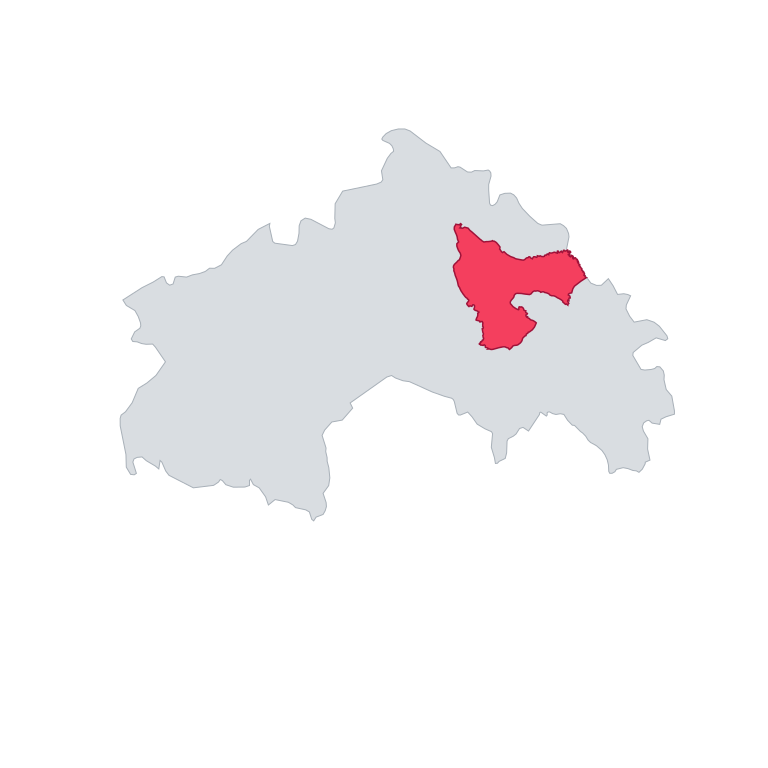 Kankan, Kankan, Guinea shown in context, rotated 325°
{"feature_id": "49546643B29721322070698", "entity_name": "Kankan", "entity_type": "district", "adm_level": 2, "iso_a3": "GIN", "parent_name": "Guinea", "parent_adm1": "Kankan", "projection": "robinson", "projection_center": [-9.056, 10.226], "detail": "fine", "context": "in_parent", "style": "filled", "palette": "rose", "viewbox_px": 768, "rotation_deg": 325, "n_neighbors": 0, "source": "geoboundaries", "source_scale": "gbopen_adm2", "svg_char_len": 9785}
<svg xmlns="http://www.w3.org/2000/svg" viewBox="0 0 768 768"><g transform="rotate(325 384 384)"><path d="M460.0,500.9L454.5,500.1L452.1,501.3L444.9,510.8L440.6,514.5L433.9,513.4L431.5,514.0L429.7,513.0L432.2,507.7L435.6,497.4L444.5,486.9L444.7,484.7L441.0,478.6L437.3,470.3L437.3,461.4L436.5,455.0L428.7,453.2L427.3,452.1L427.1,449.9L431.5,438.8L431.9,436.5L431.3,434.5L426.5,428.8L419.0,418.3L406.2,396.7L401.4,392.2L396.8,385.6L395.1,381.4L390.3,379.9L345.4,380.1L344.5,385.8L329.1,389.6L319.5,385.2L309.0,387.7L303.8,390.6L299.8,403.2L297.5,405.9L295.2,411.6L293.1,414.7L290.8,420.9L285.8,429.8L280.4,435.5L271.4,438.6L268.6,447.9L266.5,451.4L263.1,454.1L259.3,455.9L252.0,454.1L247.9,455.8L247.2,453.4L249.5,446.0L247.7,442.2L240.6,434.5L240.0,430.8L237.8,426.0L228.5,416.2L219.9,416.8L222.3,408.5L222.2,397.5L219.3,391.5L220.1,385.4L218.5,385.8L215.6,390.0L210.9,388.6L201.4,382.1L196.7,375.8L196.2,370.4L195.1,368.3L192.2,369.4L186.3,369.3L168.3,359.7L155.5,335.5L155.3,330.1L157.2,320.7L156.7,318.2L150.8,324.4L149.7,320.2L145.3,310.5L144.0,305.0L139.7,302.5L136.2,302.0L133.5,303.9L129.9,315.2L127.3,315.1L124.6,312.7L125.2,304.3L132.2,293.7L143.9,267.0L148.1,260.9L150.8,258.7L156.3,258.5L167.0,254.9L180.2,246.6L190.3,247.2L202.1,246.2L217.7,240.5L217.9,222.6L217.4,218.6L211.9,215.0L208.7,211.9L206.0,207.9L202.6,205.1L202.8,202.1L209.7,198.3L216.0,198.3L218.1,196.9L219.6,194.3L221.4,187.8L222.1,181.0L218.0,171.9L218.3,165.4L241.0,166.3L253.4,168.1L263.6,168.6L265.3,170.1L263.8,176.4L265.1,180.1L268.6,181.1L274.3,176.7L277.3,177.7L283.6,183.2L289.6,184.7L296.0,187.6L302.1,189.3L307.5,189.1L311.6,192.1L319.2,193.1L329.0,189.2L336.7,187.5L347.5,187.1L353.1,188.3L369.6,185.2L382.6,187.0L380.5,189.1L374.6,203.4L375.3,206.0L388.4,218.1L391.5,219.0L395.1,217.4L400.8,211.8L405.3,205.7L409.6,202.7L414.6,202.9L418.6,207.2L427.9,225.2L430.3,227.5L432.5,227.4L436.6,224.1L438.7,220.1L447.4,208.3L460.8,202.3L492.7,216.0L497.4,217.0L500.2,216.0L504.2,207.9L516.2,201.0L522.0,199.1L525.3,198.9L526.5,196.7L527.1,193.4L526.5,190.0L522.8,183.9L522.7,182.1L524.8,181.0L529.4,180.1L535.3,180.7L542.0,183.3L547.4,187.1L550.5,191.7L556.5,210.7L563.2,225.6L562.9,245.5L565.9,247.5L569.2,248.4L570.7,250.0L574.0,258.2L577.1,260.6L580.8,261.2L587.7,266.5L592.1,268.5L592.7,270.1L592.6,272.3L590.9,275.1L584.2,280.6L580.9,285.3L574.1,296.6L573.9,298.7L575.3,300.2L578.1,300.5L581.2,299.7L587.4,295.6L592.3,297.1L597.1,300.2L598.8,303.5L599.3,307.8L598.2,313.3L598.0,319.5L599.6,330.1L602.1,340.7L604.5,344.5L620.3,353.8L621.9,357.3L622.7,361.2L621.5,366.6L619.9,369.6L611.3,377.8L610.0,381.7L610.6,389.1L611.3,420.0L614.7,425.2L618.7,427.8L628.2,426.4L628.0,435.0L626.7,444.6L632.2,447.6L635.0,450.5L636.6,453.2L627.8,458.3L625.3,461.3L624.1,469.4L624.4,476.8L636.2,482.1L640.7,488.3L642.7,494.7L643.4,506.9L642.4,509.7L639.4,509.8L633.4,502.3L624.3,501.5L617.5,500.1L606.2,501.1L604.2,503.3L602.9,519.5L605.7,522.2L611.1,525.3L614.6,526.6L617.5,526.2L619.8,528.2L620.3,533.5L618.7,537.4L615.8,541.1L612.0,550.4L612.8,559.0L606.5,572.6L604.6,575.3L596.2,572.6L590.7,571.7L586.7,575.2L581.2,569.8L580.2,565.7L578.1,564.8L574.4,564.8L571.0,567.1L569.5,571.4L568.8,580.2L562.6,588.5L558.2,598.9L553.2,597.9L552.1,599.2L546.8,601.9L542.2,602.6L540.9,599.9L538.3,597.6L535.3,593.2L531.9,589.7L525.4,587.2L522.8,588.3L519.7,588.0L517.7,586.6L518.0,584.5L521.4,579.1L523.4,574.1L524.4,568.7L524.4,563.5L522.6,556.3L519.7,550.5L519.0,547.1L519.3,542.4L518.6,538.0L517.7,535.6L516.3,527.2L514.6,525.7L513.6,519.0L513.9,512.1L511.4,509.5L507.4,507.6L505.1,504.9L503.7,501.9L502.2,501.0L501.0,501.2L499.9,503.0L498.6,503.4L496.3,497.0L495.3,496.7L493.7,498.2L475.4,505.4L473.0,499.3L469.5,498.2L463.5,500.7L460.0,500.9Z" fill="#d9dde1" stroke="#a8b0b8" stroke-width="1"/><path d="M610.5,412.9L610.1,412.5L610.5,411.0L610.8,410.6L610.7,410.4L610.2,409.8L610.2,409.6L610.6,409.6L610.9,409.1L611.5,408.7L611.5,407.9L611.9,407.2L611.9,406.9L611.7,406.5L611.3,406.3L611.4,406.1L611.7,406.1L611.8,405.9L611.5,405.2L611.5,404.7L611.3,404.4L611.6,403.5L612.1,403.4L612.2,402.9L611.9,401.3L612.1,400.8L611.8,400.3L612.2,399.4L611.8,399.0L611.9,398.7L612.8,398.6L612.9,398.4L612.4,397.3L612.4,396.3L613.2,396.0L613.2,395.8L612.6,395.3L612.5,395.1L612.7,394.7L613.4,395.0L613.5,394.5L613.5,393.8L613.7,393.0L613.4,393.0L613.0,392.7L612.9,392.5L613.2,392.0L613.2,391.7L613.3,391.1L613.2,390.5L612.9,390.2L612.6,390.1L612.2,390.1L611.7,390.4L611.2,390.3L610.8,390.0L610.7,389.7L611.0,388.8L611.1,388.6L611.4,389.0L611.7,389.1L611.8,389.0L612.1,387.8L612.1,387.5L611.9,387.1L611.4,386.8L611.6,386.5L611.5,386.2L610.9,386.2L610.1,386.9L609.9,386.9L609.6,386.6L609.2,385.5L609.4,385.1L609.9,384.8L610.2,384.6L609.2,384.0L609.1,383.8L609.3,383.5L610.4,383.7L611.7,383.1L612.2,383.3L612.4,383.2L612.6,383.0L612.6,381.9L612.3,381.5L611.9,381.5L611.1,382.1L610.8,382.0L610.3,381.6L610.2,381.2L610.3,380.9L610.5,380.7L611.2,380.2L611.3,379.6L610.0,379.3L609.0,379.3L608.2,378.5L608.2,377.6L607.6,377.5L605.6,378.7L605.2,377.6L605.4,376.9L604.8,376.8L603.3,377.1L602.6,376.6L602.9,375.0L602.3,374.6L601.8,375.0L601.0,376.2L600.3,375.4L599.5,374.0L598.6,373.5L597.2,373.2L595.9,372.6L594.8,371.4L593.8,371.7L593.1,372.5L592.3,371.1L591.9,371.3L590.6,371.5L590.0,370.8L589.3,370.8L588.6,371.4L587.5,371.0L586.2,369.9L585.4,368.5L584.5,368.5L583.2,366.9L582.5,367.7L581.6,367.7L580.6,366.3L579.5,365.6L577.4,366.4L577.4,366.1L576.9,365.8L576.3,364.6L576.4,363.5L575.7,362.9L574.4,363.1L573.5,362.6L572.2,362.5L570.7,362.8L569.2,362.5L568.0,361.4L564.1,357.4L563.4,356.4L562.8,355.0L560.9,352.4L559.0,348.3L558.7,346.8L558.2,344.5L557.6,344.4L557.1,344.4L556.5,344.3L556.5,344.1L556.3,343.9L556.3,343.4L556.2,343.0L556.2,342.7L556.1,342.4L556.2,340.9L556.2,340.1L556.1,339.8L557.1,338.9L557.6,338.3L557.5,335.6L557.2,332.6L556.7,331.3L556.2,330.2L555.2,329.5L555.1,328.8L553.8,328.6L551.0,327.1L549.6,326.1L547.3,325.0L546.4,323.0L546.2,321.9L545.7,320.5L543.6,311.5L543.1,309.4L542.5,307.6L542.3,304.6L540.0,301.8L537.7,301.5L535.8,299.7L536.9,299.5L537.3,298.3L539.0,297.9L538.8,296.6L537.0,296.7L534.7,294.7L534.6,294.4L533.1,295.1L532.0,295.5L531.1,296.4L530.2,297.7L529.4,301.0L529.1,302.8L528.4,305.3L527.2,307.7L526.6,310.4L524.1,310.9L522.8,312.8L522.1,315.1L521.6,317.5L521.5,320.8L521.1,321.6L521.0,322.1L520.8,322.7L519.0,324.2L518.3,324.6L517.8,325.0L517.0,325.5L515.6,325.4L513.6,325.9L510.2,326.4L508.6,327.2L507.7,328.3L507.3,329.8L506.1,331.4L505.8,332.9L505.4,334.0L504.6,336.1L504.3,337.5L503.8,339.5L503.2,341.5L502.4,343.5L501.6,345.3L501.2,346.5L501.2,348.5L500.9,349.5L500.8,350.3L500.5,352.0L500.5,353.1L500.5,353.6L500.4,355.8L500.5,356.6L500.5,358.1L500.6,359.3L500.7,360.1L501.1,361.0L501.3,361.7L501.1,362.3L501.4,362.8L501.6,363.4L501.3,364.2L501.0,364.5L498.5,365.3L497.9,365.6L497.7,366.2L497.6,366.8L497.7,367.1L497.8,368.7L498.0,369.3L498.4,369.2L498.8,369.2L499.5,369.5L500.0,370.3L500.3,370.6L500.5,370.8L501.0,370.6L501.5,370.3L502.1,370.1L502.5,370.3L502.8,370.5L503.1,371.3L503.1,371.7L502.3,372.9L501.7,373.5L501.0,373.9L500.6,374.2L500.7,374.6L500.6,374.9L501.0,376.0L501.5,376.7L501.8,376.9L502.4,378.0L502.6,378.8L502.8,379.3L502.7,379.5L502.8,379.6L501.9,379.9L501.3,379.8L501.0,380.5L499.9,381.8L499.0,382.5L497.7,383.1L496.9,383.7L496.1,384.3L496.2,384.6L496.6,385.2L497.2,385.8L498.1,386.8L498.2,387.2L498.2,387.5L498.1,388.2L498.4,388.4L499.3,388.3L499.9,389.0L500.3,389.2L500.2,389.7L500.0,390.1L500.1,390.6L500.0,390.8L499.1,391.6L498.9,392.0L498.7,392.4L497.9,393.3L498.0,393.6L498.0,394.4L497.8,394.7L497.6,394.9L497.4,394.9L496.9,395.4L496.7,395.3L496.4,395.0L496.2,395.0L495.5,396.4L494.6,398.4L494.4,399.5L494.2,400.0L493.7,400.5L493.3,400.8L492.9,400.8L492.3,402.0L492.0,402.6L492.0,403.3L491.6,403.8L491.6,404.0L491.1,404.3L490.9,404.5L490.5,404.5L490.0,404.9L489.7,404.8L489.5,404.6L488.8,405.0L488.4,405.1L488.2,405.3L487.9,405.3L487.5,404.9L487.3,404.9L487.0,405.1L486.8,405.4L486.6,405.6L485.9,405.5L485.2,405.7L485.0,405.8L485.0,406.2L485.4,406.2L485.6,406.6L485.5,407.0L485.4,407.3L485.1,407.2L486.2,408.1L487.4,409.3L488.5,409.3L489.0,410.6L488.2,411.8L488.1,412.2L489.2,413.4L489.9,414.8L489.1,414.9L490.5,415.8L491.1,416.7L492.0,417.5L493.2,418.1L496.8,419.4L498.6,420.0L503.0,421.9L504.5,423.0L505.3,424.5L506.3,425.5L506.4,426.9L506.6,427.7L509.7,427.4L510.6,427.0L511.8,426.8L513.1,427.3L515.1,428.4L516.1,428.7L519.1,428.6L521.0,428.1L522.5,427.2L523.6,426.2L524.5,425.9L527.0,425.5L528.1,425.8L528.4,425.5L529.1,424.8L530.0,424.7L530.7,425.0L531.8,424.3L533.0,424.8L534.4,424.7L536.6,424.7L539.8,423.7L541.2,422.9L543.8,421.3L543.7,420.7L543.3,419.4L542.8,418.2L542.3,417.2L541.4,416.2L540.7,415.0L540.7,414.4L540.7,413.8L540.0,412.9L539.8,412.1L540.3,411.4L540.2,411.1L539.6,411.0L539.3,411.1L539.2,410.7L539.3,410.0L539.7,408.9L541.2,408.9L541.9,408.5L541.7,407.9L541.1,406.9L541.3,406.4L541.6,405.7L542.1,405.5L541.0,403.9L541.6,401.9L541.3,400.5L541.0,399.8L540.2,399.5L539.5,398.6L538.7,398.4L538.0,399.1L537.1,400.3L536.6,400.2L535.9,398.9L535.4,398.2L535.0,397.1L534.8,396.7L534.0,394.5L533.8,391.7L533.6,390.9L534.1,389.7L534.7,389.1L536.2,388.4L539.0,387.7L540.3,387.2L541.6,386.0L543.6,385.5L545.1,386.1L548.3,388.5L551.1,391.2L554.5,394.2L556.2,394.5L558.6,393.8L560.6,394.0L561.5,394.9L563.3,395.7L564.0,396.5L565.1,398.3L565.0,398.8L567.0,399.5L567.6,400.0L568.3,401.5L569.0,402.0L570.7,404.5L571.0,406.5L572.1,408.0L573.2,408.7L574.1,409.7L574.9,411.2L575.6,413.0L576.5,414.5L577.0,415.7L577.5,416.8L578.0,418.6L577.5,419.4L577.8,420.6L578.3,422.8L579.3,423.1L579.8,424.8L580.2,424.3L581.6,424.0L581.9,421.4L582.7,420.8L583.3,421.8L584.2,420.4L584.8,419.8L585.9,420.3L586.7,418.6L586.0,416.8L586.8,416.1L588.4,416.3L590.0,417.0L593.3,414.3L596.1,413.1L604.2,412.7L610.5,412.9Z" fill="#f43f5e" stroke="#9f1239" stroke-width="1.5"/></g></svg>